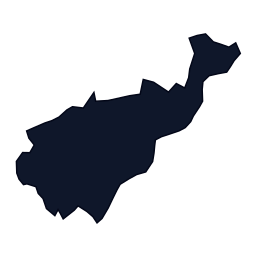 the district of Alayköy, Cyprus, rotated 91°
{"feature_id": "46923920B56157666761112", "entity_name": "Alayköy", "entity_type": "district", "adm_level": 2, "iso_a3": "CYP", "parent_name": "Cyprus", "parent_adm1": "", "projection": "equal_earth", "projection_center": [33.249, 35.201], "detail": "fine", "context": "isolated", "style": "filled", "palette": "ink", "viewbox_px": 256, "rotation_deg": 91, "n_neighbors": 0, "source": "geoboundaries", "source_scale": "gbopen_adm2", "svg_char_len": 1060}
<svg xmlns="http://www.w3.org/2000/svg" viewBox="0 0 256 256"><g transform="rotate(91 128 128)"><path d="M37.1,68.4L52.3,62.6L67.9,67.3L76.6,68.2L87.0,72.0L82.7,80.5L91.4,88.1L81.8,103.2L79.2,113.6L94.0,116.4L95.7,126.8L100.9,148.5L101.8,160.8L93.1,162.7L108.8,173.0L107.7,183.9L111.0,189.4L118.3,197.2L122.1,204.5L124.4,211.1L128.8,220.8L132.7,229.3L139.9,226.9L146.6,221.4L154.4,225.7L154.4,232.9L163.3,239.0L175.0,238.4L181.1,236.0L186.4,231.5L185.6,228.1L188.3,219.0L195.0,216.6L200.0,211.7L210.0,208.1L216.9,199.6L210.8,196.5L214.5,194.2L220.0,191.2L211.1,180.3L206.7,176.6L212.2,167.6L217.3,161.5L223.4,157.3L218.9,152.4L208.3,146.4L197.8,141.6L190.0,137.9L184.4,134.9L178.9,126.4L174.4,118.6L171.6,109.5L161.1,102.8L152.7,101.6L144.9,101.0L139.4,100.4L136.1,94.4L133.8,87.7L129.9,76.8L126.6,70.8L120.5,65.4L114.9,62.9L105.5,56.9L99.9,53.9L88.2,54.5L80.4,53.9L74.3,47.8L72.1,38.8L70.4,30.3L64.9,26.7L58.8,23.1L51.5,17.0L41.0,21.8L45.4,28.5L42.6,36.9L40.4,44.2L32.6,52.1L34.3,60.5L37.1,68.4Z" fill="#0f172a" stroke="#020617" stroke-width="1.5"/></g></svg>